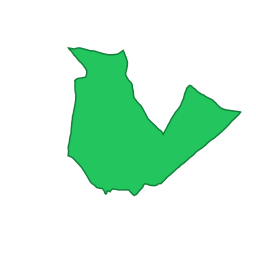 the district of Buah, Grand Kru, Liberia, rotated 29°
{"feature_id": "62588387B84481919127843", "entity_name": "Buah", "entity_type": "district", "adm_level": 2, "iso_a3": "LBR", "parent_name": "Liberia", "parent_adm1": "Grand Kru", "projection": "natural_earth1", "projection_center": [-8.171, 4.859], "detail": "fine", "context": "isolated", "style": "filled", "palette": "green", "viewbox_px": 256, "rotation_deg": 29, "n_neighbors": 0, "source": "geoboundaries", "source_scale": "gbopen_adm2", "svg_char_len": 3139}
<svg xmlns="http://www.w3.org/2000/svg" viewBox="0 0 256 256"><g transform="rotate(29 128 128)"><path d="M192.0,136.8L191.6,136.1L192.0,135.2L192.4,134.5L193.8,131.6L194.6,129.5L194.7,129.0L195.7,126.3L196.0,125.0L196.8,123.1L198.0,120.5L198.8,117.4L199.4,115.4L199.5,115.1L200.1,113.8L201.5,111.2L202.2,109.8L202.7,108.7L204.0,105.5L204.8,102.8L205.4,101.0L205.9,99.6L206.1,99.1L206.2,98.8L206.7,97.8L208.0,95.6L208.8,93.7L208.9,93.2L209.5,91.7L210.3,89.7L211.7,85.7L213.3,80.8L214.9,74.7L215.4,71.8L215.9,70.4L216.5,68.5L218.4,62.2L218.7,59.9L218.8,59.5L218.1,59.6L214.6,60.9L213.7,61.4L211.0,62.3L209.3,63.0L206.8,63.9L204.9,64.7L201.7,65.3L199.7,65.5L197.4,65.1L195.6,64.7L192.4,63.5L191.5,63.3L188.1,62.5L187.4,62.6L186.8,62.6L184.2,62.7L183.5,62.8L180.4,62.9L179.1,62.6L178.0,62.5L175.7,62.9L174.7,62.7L172.1,62.5L170.9,62.5L167.8,61.4L166.8,61.4L164.1,61.0L163.5,60.5L161.1,60.9L160.1,64.8L160.4,66.0L160.9,69.9L161.1,71.2L161.8,73.1L162.0,74.5L162.4,75.8L162.7,80.1L162.9,81.2L163.1,83.2L162.8,86.1L162.6,87.5L162.2,90.2L161.8,91.5L161.9,92.4L161.6,97.5L161.5,98.1L161.6,101.5L161.7,102.8L161.6,106.3L161.7,107.3L161.8,111.3L161.7,112.6L161.9,116.5L160.1,115.3L157.9,114.4L156.5,114.4L155.6,114.4L151.8,113.2L150.9,112.9L146.6,111.8L145.9,111.7L141.4,110.3L140.5,109.9L136.5,107.2L135.5,106.6L131.4,103.9L130.9,103.6L128.3,102.1L126.6,101.9L125.8,101.5L122.5,100.4L121.8,99.9L119.5,99.1L118.7,98.4L117.8,97.8L115.5,94.5L115.2,93.9L113.2,91.5L112.5,90.8L112.1,90.4L111.0,88.5L109.9,87.6L109.1,87.1L106.7,86.2L105.8,86.1L103.0,84.6L102.5,84.2L101.4,83.6L100.6,83.0L100.1,82.4L99.7,82.0L98.6,78.8L98.5,77.8L97.6,75.1L96.8,73.0L95.8,71.1L95.1,70.0L94.2,69.4L92.2,67.2L90.7,66.2L88.0,63.8L86.1,62.5L85.8,63.2L84.5,66.1L82.8,68.7L79.1,71.3L77.0,72.6L74.1,73.9L70.0,75.1L68.1,75.5L64.9,76.3L62.8,76.6L61.8,76.9L60.5,77.3L57.4,78.8L54.6,79.4L51.0,80.3L50.8,80.4L47.0,81.3L44.3,83.2L42.8,85.0L39.8,85.9L37.2,86.9L39.0,87.9L40.2,87.9L41.0,88.2L44.4,89.8L46.1,90.7L47.1,90.7L48.9,91.4L51.2,92.5L53.2,93.3L54.5,93.4L57.2,94.4L59.6,95.2L60.1,95.8L61.8,96.3L64.0,97.9L65.2,99.4L65.7,101.3L66.0,102.1L66.3,103.6L65.7,104.6L64.8,105.3L64.0,105.9L62.1,107.6L60.8,108.4L59.7,109.6L58.7,111.4L58.5,112.6L59.3,113.4L60.0,114.4L61.0,116.6L63.8,121.1L64.1,121.6L66.8,124.9L67.2,125.9L68.7,129.0L69.1,129.9L70.4,133.5L70.8,134.7L72.0,138.6L73.5,142.8L73.6,144.1L75.4,148.0L75.8,149.3L76.6,151.2L79.3,157.3L80.8,160.6L81.5,163.5L82.7,166.8L83.8,169.4L84.5,172.6L85.7,174.9L87.3,177.2L88.5,179.9L89.1,181.3L89.4,181.1L93.6,180.8L96.8,181.7L101.6,183.3L105.6,184.6L109.7,186.6L115.3,189.7L120.7,193.1L122.1,193.6L123.8,194.1L126.5,194.3L128.7,195.0L129.5,195.2L133.1,194.2L135.0,193.4L137.7,194.6L139.4,196.2L140.7,196.5L140.9,195.1L140.4,193.3L141.7,192.5L143.2,192.5L143.4,190.4L144.3,188.6L147.0,187.6L149.8,186.7L152.7,185.0L154.7,183.9L158.8,181.8L161.8,183.0L164.5,183.8L166.2,183.9L167.5,182.1L168.6,176.5L169.6,172.8L169.2,170.6L169.7,168.7L172.1,167.8L175.3,167.4L176.8,166.6L179.0,165.8L180.9,163.9L181.6,162.1L183.8,160.6L186.3,151.5L188.4,146.1L190.1,140.7L191.3,137.6L192.0,136.8Z" fill="#22c55e" stroke="#15803d" stroke-width="1.5"/></g></svg>